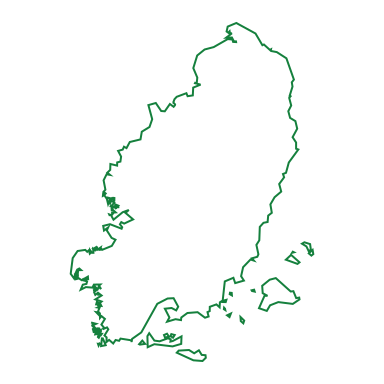 outline of Guimaras, Guimaras, Philippines
{"feature_id": "2640588B8298467794963", "entity_name": "Guimaras", "entity_type": "district", "adm_level": 2, "iso_a3": "PHL", "parent_name": "Philippines", "parent_adm1": "Guimaras", "projection": "albers", "projection_center": [122.576, 10.57], "detail": "fine", "context": "isolated", "style": "outline", "palette": "green", "viewbox_px": 384, "rotation_deg": 0, "n_neighbors": 0, "source": "geoboundaries", "source_scale": "gbopen_adm2", "svg_char_len": 5971}
<svg xmlns="http://www.w3.org/2000/svg" viewBox="0 0 384 384"><path d="M236.3,23.0L227.7,26.6L226.6,31.5L229.0,33.2L229.7,32.8L229.3,31.5L229.6,31.2L229.9,33.0L231.2,33.3L231.3,33.8L226.1,37.7L231.9,37.5L233.9,41.3L236.0,41.4L236.1,42.1L233.1,41.9L232.4,39.5L227.7,39.1L213.7,47.1L204.6,49.5L197.2,55.5L193.3,68.1L197.3,77.6L196.7,83.3L195.2,82.8L195.0,83.2L199.8,84.4L199.9,84.9L193.2,87.6L192.8,95.4L187.6,96.2L186.4,93.2L176.7,96.8L174.5,99.2L173.3,102.3L173.8,101.5L173.4,102.8L174.8,104.0L175.1,104.6L174.9,105.3L173.6,106.8L169.9,104.0L164.8,111.3L161.2,111.0L155.8,103.0L148.4,105.1L152.2,119.2L149.5,127.0L141.8,131.7L140.5,139.4L129.8,142.0L126.5,148.1L124.0,146.7L122.7,149.6L118.1,150.9L121.1,156.6L120.4,161.6L117.2,162.4L117.1,165.6L110.4,164.0L110.2,169.9L107.3,172.7L110.0,174.9L106.6,174.3L103.6,180.3L105.4,189.7L103.6,191.7L105.7,193.5L104.2,195.0L106.5,198.4L107.3,197.5L108.9,197.9L106.9,199.1L108.1,204.1L109.9,199.3L111.7,198.2L111.8,198.6L112.4,198.1L113.8,197.9L114.4,198.0L114.3,201.5L113.0,198.3L110.7,200.2L114.3,202.7L111.1,206.2L115.2,206.5L115.3,204.4L118.2,205.6L116.3,207.0L119.3,207.2L115.8,207.3L116.1,209.0L114.9,207.2L111.6,208.0L111.8,211.2L112.5,209.5L115.7,212.4L111.2,212.9L113.3,213.1L111.3,215.7L113.5,219.7L122.7,212.2L128.8,210.0L125.5,212.9L133.1,219.4L124.1,223.6L121.3,222.1L119.9,224.3L122.2,227.2L121.6,228.7L110.0,224.2L103.2,225.9L104.0,230.5L108.1,227.5L106.8,230.4L111.6,237.9L115.5,239.7L111.8,245.9L102.2,249.8L101.0,248.3L100.6,249.7L99.8,249.8L100.6,247.5L97.5,249.6L96.9,246.5L97.1,248.0L96.3,250.3L96.0,247.2L94.2,248.3L95.8,251.0L92.3,247.9L94.4,251.3L93.2,249.7L93.4,252.8L92.0,252.8L90.2,250.3L90.4,253.1L89.8,253.7L88.9,250.2L87.2,251.8L85.3,249.9L77.6,251.0L72.7,258.1L70.7,273.8L74.1,278.5L75.2,274.0L77.2,269.6L79.3,268.5L81.1,270.1L78.2,270.2L77.8,273.5L75.4,274.4L77.1,276.2L78.0,274.4L77.7,277.6L81.7,280.2L87.9,276.6L88.1,279.2L84.5,279.2L87.1,281.5L86.4,283.9L82.8,284.7L80.7,289.7L85.9,287.1L92.4,287.6L93.9,284.6L100.3,284.5L99.0,285.7L101.1,289.0L98.6,286.9L97.6,289.3L94.5,286.1L93.3,287.8L96.5,289.0L93.1,290.3L96.4,290.2L94.1,292.2L95.3,294.9L97.5,293.1L98.5,295.5L98.6,293.2L101.6,295.5L95.4,299.4L101.6,301.5L99.9,302.9L101.3,305.8L97.6,305.1L99.7,306.6L97.7,307.5L99.5,307.8L98.0,311.5L99.9,313.4L100.0,317.9L101.5,316.1L104.9,318.9L101.4,324.6L104.0,327.6L102.6,329.3L107.0,327.4L108.3,329.3L104.5,335.5L106.6,337.4L106.5,342.0L109.1,339.9L113.2,343.5L115.6,340.0L119.1,340.8L120.5,338.6L131.3,340.3L131.6,342.0L132.1,338.9L141.3,332.4L157.3,303.8L167.6,298.5L173.6,298.2L178.2,306.7L176.2,310.4L171.6,308.0L164.9,308.7L169.4,317.5L167.1,321.7L175.5,319.2L181.0,320.1L181.3,317.5L187.4,313.0L197.6,312.2L205.0,317.7L208.6,316.5L207.5,312.1L209.7,311.1L209.8,306.8L216.4,304.4L219.6,307.3L219.9,302.3L222.7,300.5L224.8,281.4L233.4,277.8L235.2,283.1L243.9,280.6L241.1,276.2L243.1,267.2L250.5,259.5L253.9,260.6L252.0,258.3L257.3,256.8L258.4,254.3L256.4,244.9L259.3,240.3L259.8,226.9L263.5,222.8L267.6,222.0L268.2,215.6L271.8,212.8L270.4,204.4L274.6,197.2L281.2,191.6L279.2,184.0L284.1,177.3L283.0,174.0L286.0,172.8L288.8,162.5L298.3,149.5L296.1,148.7L296.1,142.5L292.6,137.2L297.2,128.7L295.4,121.1L290.1,117.9L288.3,111.2L291.2,105.5L289.2,97.9L291.2,95.5L290.1,96.3L289.6,96.0L292.5,86.6L291.8,82.3L293.9,79.6L286.4,58.3L276.8,52.1L271.1,51.0L263.9,44.5L262.4,45.2L255.5,33.5L236.3,23.0ZM290.7,291.5L275.8,278.1L269.7,279.7L262.2,285.8L262.7,293.2L267.5,295.8L264.5,295.8L259.0,308.2L266.8,310.9L270.1,305.3L278.3,302.1L292.8,303.9L299.5,299.4L299.2,297.6L296.2,298.1L293.4,291.2L290.7,291.5ZM154.4,340.6L149.2,333.2L147.4,336.2L147.7,347.2L154.3,344.2L172.6,346.4L181.2,343.9L181.5,336.4L172.8,341.0L170.4,341.6L170.7,339.3L167.9,338.3L159.6,341.3L154.4,340.6ZM189.0,350.0L178.7,350.6L176.8,352.7L193.4,360.3L202.5,361.0L205.8,357.8L205.5,355.2L201.7,354.9L198.9,350.3L194.2,353.3L189.0,350.0ZM299.5,262.3L291.1,254.9L285.9,259.7L297.5,263.9L299.5,262.3ZM304.4,242.3L302.0,243.7L306.4,246.4L308.9,251.6L310.8,249.3L310.1,244.1L304.4,242.3ZM105.7,345.2L102.8,338.4L101.9,338.4L101.1,346.1L105.7,345.2ZM311.4,255.6L313.3,254.1L312.6,249.9L308.8,253.4L311.4,255.6ZM145.1,343.9L142.3,340.6L139.1,344.2L139.9,344.6L145.1,343.9ZM167.0,333.7L164.0,335.0L165.0,337.5L169.0,336.7L167.0,333.7ZM96.1,323.8L91.1,322.5L93.0,323.1L92.2,325.7L94.4,327.9L92.9,329.0L93.9,332.9L93.8,329.1L95.2,327.9L92.9,325.3L96.1,323.8ZM243.3,323.3L244.2,320.6L240.5,317.0L240.8,321.1L243.3,323.3ZM173.0,337.7L174.7,335.0L171.3,334.1L170.5,336.1L173.0,337.7ZM229.5,317.1L230.9,313.5L227.1,315.3L229.5,317.1ZM97.3,331.4L97.3,329.9L96.1,330.5L95.2,334.4L98.5,333.8L96.2,333.8L96.0,333.0L98.4,332.9L97.3,331.4ZM231.9,295.4L231.7,292.9L230.0,292.7L229.7,294.2L231.9,295.4ZM254.7,291.6L254.1,289.7L251.6,290.3L252.0,291.0L254.7,291.6ZM100.1,331.6L98.6,334.2L100.9,335.2L101.8,333.9L99.9,333.9L100.1,331.6ZM100.0,329.1L97.3,328.1L98.1,329.0L96.4,329.2L95.6,330.2L96.2,329.6L100.0,329.1ZM96.9,301.9L96.2,304.4L98.6,304.6L98.9,303.0L96.9,301.9ZM226.4,299.8L222.3,300.9L222.3,302.0L225.7,302.1L226.4,299.8ZM100.9,329.8L98.3,330.7L100.9,331.4L100.9,329.8ZM98.7,312.5L96.1,312.1L98.3,314.4L98.7,312.5ZM103.5,195.6L103.3,192.3L102.9,195.9L103.5,195.6ZM77.8,278.7L76.2,277.2L75.6,277.4L75.9,279.2L77.8,278.7ZM98.6,334.5L97.9,337.0L98.8,337.8L99.9,335.9L98.6,334.5ZM110.9,201.4L109.2,201.4L110.1,203.5L110.9,201.4ZM292.1,252.8L294.0,252.3L292.8,251.7L292.1,252.8ZM225.3,310.1L225.0,308.7L224.1,307.7L223.9,309.2L225.3,310.1ZM100.3,344.4L98.9,342.7L99.3,344.0L100.3,344.4ZM84.2,280.6L83.5,279.3L82.7,280.2L84.2,280.6ZM97.1,328.5L95.2,328.6L95.8,329.5L97.1,328.5ZM99.3,344.2L98.0,343.9L98.6,345.6L99.3,344.2ZM98.9,331.8L97.5,331.6L98.5,332.2L98.9,331.8ZM110.4,214.8L109.2,214.4L109.5,215.1L110.4,214.8ZM76.0,276.0L75.2,275.4L75.4,276.9L76.0,276.0ZM271.0,49.3L270.1,49.8L270.8,50.3L271.0,49.3ZM233.9,41.4L233.0,41.3L233.6,41.7L233.9,41.4ZM95.5,330.4L94.7,330.4L95.4,330.9L95.5,330.4Z" fill="none" stroke="#15803d" stroke-width="2"/></svg>